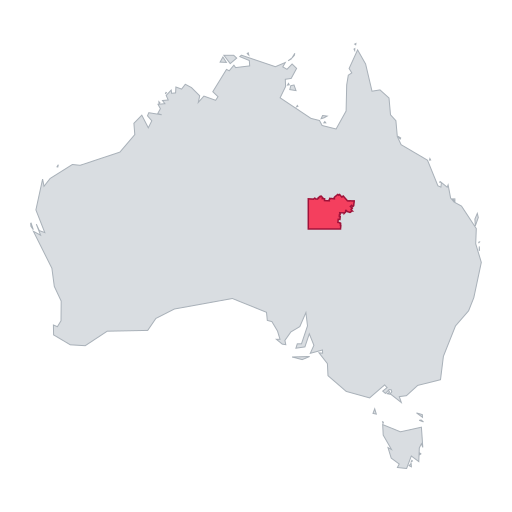 location of Diamantina, Queensland, Australia
{"feature_id": "25037944B3552129947749", "entity_name": "Diamantina", "entity_type": "district", "adm_level": 2, "iso_a3": "AUS", "parent_name": "Australia", "parent_adm1": "Queensland", "projection": "mercator", "projection_center": [140.812, -24.577], "detail": "fine", "context": "in_parent", "style": "filled", "palette": "rose", "viewbox_px": 512, "rotation_deg": 0, "n_neighbors": 0, "source": "geoboundaries", "source_scale": "gbopen_adm2", "svg_char_len": 6153}
<svg xmlns="http://www.w3.org/2000/svg" viewBox="0 0 512 512"><path d="M365.6,64.0L372.0,91.2L380.0,89.9L389.0,98.0L390.5,114.8L395.9,120.7L397.3,136.5L401.1,144.7L427.5,160.2L437.9,185.8L440.9,187.1L441.4,182.5L447.2,187.2L448.1,184.9L450.6,198.0L454.0,202.0L461.5,206.1L476.3,228.6L475.7,243.8L481.3,262.4L473.8,297.7L468.6,310.8L455.5,325.9L443.4,356.3L440.5,379.7L417.7,385.4L406.4,395.7L399.3,396.6L401.3,402.5L390.2,393.8L391.8,391.8L391.1,389.7L389.1,389.6L385.4,393.4L382.7,391.1L387.1,387.6L384.6,384.9L369.6,397.9L346.2,391.4L328.0,375.7L327.4,363.6L319.0,352.8L322.6,353.2L322.5,350.0L310.3,353.3L313.9,345.3L309.3,333.8L304.9,346.9L295.9,348.2L297.3,343.8L301.5,343.8L307.5,325.9L305.9,312.6L299.8,326.6L290.9,331.9L284.9,340.4L285.8,344.7L282.2,344.1L276.4,339.3L280.0,339.3L277.5,331.0L271.9,321.6L267.3,320.4L266.5,312.3L232.3,298.5L174.4,309.0L155.9,318.4L147.7,330.4L107.2,331.2L85.2,345.7L70.3,344.8L53.6,334.9L53.4,325.0L57.4,326.7L61.0,320.8L61.2,301.1L54.3,286.4L51.9,268.3L33.4,231.3L40.6,235.2L36.3,224.1L39.3,230.6L44.8,232.6L35.9,209.9L42.6,179.1L44.0,186.3L50.2,178.4L72.4,164.5L80.1,165.3L119.9,152.1L134.8,134.6L133.9,123.3L141.8,115.2L148.3,127.8L151.8,120.8L147.5,115.8L148.8,112.7L161.7,114.8L157.7,113.6L160.4,108.7L158.0,104.3L164.9,103.7L162.5,100.5L168.2,100.0L166.2,95.4L171.2,90.1L171.6,93.3L175.6,92.9L175.9,87.0L181.6,89.1L185.3,84.3L191.5,87.6L199.7,95.8L198.3,102.4L203.9,96.1L215.6,100.3L218.0,96.7L212.8,91.7L226.5,69.4L229.2,70.8L233.9,65.2L235.6,67.6L249.7,65.9L249.3,60.5L239.8,56.6L241.4,55.2L275.4,66.7L285.3,62.5L282.8,66.9L287.0,69.3L292.1,64.0L296.6,68.4L291.2,78.4L285.3,79.3L285.6,86.5L280.1,97.8L311.0,118.4L319.5,120.5L322.1,125.5L336.1,129.0L346.1,111.0L346.7,84.9L348.3,75.2L351.8,72.9L349.1,68.5L357.6,49.9L365.6,64.0ZM382.7,424.6L400.4,431.8L421.4,427.2L422.8,447.4L421.4,443.7L419.3,448.0L418.8,461.6L411.3,456.0L406.6,468.5L397.4,467.5L399.2,464.0L391.2,458.1L388.0,447.6L391.5,449.5L383.2,435.1L382.7,424.6ZM223.9,55.3L233.7,55.3L236.7,58.1L230.2,63.6L223.9,55.3ZM292.1,357.0L309.6,356.5L302.2,359.6L292.1,357.0ZM294.0,85.0L296.0,90.6L289.8,89.6L290.8,85.7L294.0,85.0ZM475.3,225.9L474.9,219.1L477.3,213.4L478.3,217.5L475.3,225.9ZM416.5,412.9L422.3,414.6L422.5,417.3L416.5,412.9ZM222.9,57.0L226.4,62.4L220.1,62.1L222.9,57.0ZM376.3,414.1L373.0,413.4L374.7,408.8L376.3,414.1ZM327.1,116.1L324.1,117.8L321.1,118.7L322.6,115.5L327.1,116.1ZM33.3,229.7L30.9,226.3L30.7,223.3L31.1,223.1L33.3,229.7ZM421.2,420.0L423.5,421.9L419.2,420.3L421.2,420.0ZM452.7,198.9L454.9,198.9L454.9,201.9L452.7,198.9ZM398.0,136.3L400.7,138.0L400.2,139.0L398.0,136.3ZM411.1,463.4L411.4,466.8L409.1,465.7L411.1,463.4ZM479.3,246.4L479.5,250.3L479.2,250.2L479.3,246.4ZM248.8,55.1L247.2,53.6L248.2,52.8L248.8,55.1ZM294.3,55.4L291.9,58.1L294.8,53.3L294.3,55.4ZM479.6,241.9L478.5,243.1L479.2,241.8L479.6,241.9ZM297.9,106.3L296.6,106.8L297.3,105.5L297.9,106.3ZM289.2,84.8L287.5,85.1L288.5,83.4L289.2,84.8ZM58.3,164.7L57.8,167.0L57.0,166.8L58.3,164.7ZM354.8,48.6L354.7,50.5L354.0,49.1L354.8,48.6ZM389.1,390.8L389.5,392.2L388.9,391.8L389.1,390.8ZM291.3,58.9L288.1,60.8L291.4,58.4L291.3,58.9ZM166.4,92.6L165.3,94.0L166.0,92.4L166.4,92.6ZM412.4,461.0L411.3,461.6L411.9,460.4L412.4,461.0ZM325.7,122.8L323.9,122.8L324.8,121.6L325.7,122.8ZM159.9,102.8L159.0,103.5L158.9,101.7L159.9,102.8ZM420.9,453.9L419.4,454.9L419.9,453.1L420.9,453.9ZM355.9,43.5L355.7,44.8L354.7,44.1L355.9,43.5ZM388.2,392.8L389.8,394.2L387.2,393.7L388.2,392.8ZM430.6,160.0L429.5,160.1L429.9,158.6L430.6,160.0ZM440.4,182.3L439.8,182.3L440.2,181.1L440.4,182.3ZM383.4,422.2L383.0,423.4L382.6,421.8L383.4,422.2Z" fill="#d9dde1" stroke="#a8b0b8" stroke-width="1"/><path d="M354.2,200.9L352.6,200.9L352.4,201.0L350.7,200.8L349.0,200.8L349.0,201.0L348.2,200.9L347.4,200.8L346.6,199.8L346.4,199.6L345.8,198.9L345.7,198.8L345.5,198.6L344.9,197.9L344.4,197.4L344.2,197.1L343.2,196.0L342.0,197.0L341.9,197.1L341.5,196.7L341.3,196.5L341.2,196.4L340.9,196.0L339.6,194.5L339.3,194.8L338.8,195.2L338.6,194.9L338.4,194.8L337.8,194.4L337.6,194.5L337.4,194.8L337.2,194.9L337.0,195.0L336.8,195.3L335.5,196.3L335.4,196.3L335.0,196.7L334.7,197.0L334.2,197.5L334.4,198.8L332.1,198.6L331.8,198.5L331.6,198.5L331.4,198.5L331.1,198.5L330.9,198.5L329.7,198.4L329.7,199.1L329.8,199.1L329.7,199.4L329.2,199.9L328.9,200.1L328.9,200.3L329.0,200.3L329.1,200.5L329.2,200.8L328.3,200.8L326.4,200.7L324.9,200.6L324.5,200.6L324.6,198.8L322.6,198.6L323.1,198.2L321.3,196.2L320.7,196.7L320.2,196.2L318.2,197.9L318.5,198.2L317.9,198.7L317.4,199.1L316.7,199.0L315.7,199.0L315.4,198.7L314.8,198.1L313.4,199.2L313.0,199.1L308.3,198.8L308.3,200.5L308.3,203.0L308.3,204.1L308.3,204.3L308.3,206.8L308.3,207.6L308.3,209.2L308.3,214.7L308.3,218.5L308.3,221.8L308.3,223.4L308.3,227.5L308.3,227.9L308.3,229.0L309.6,229.0L309.8,229.0L312.0,229.0L312.3,229.0L312.5,229.0L316.0,229.0L316.5,229.0L319.2,229.0L321.1,229.0L321.4,229.0L321.7,229.0L321.8,229.0L322.8,229.0L323.3,229.0L323.5,229.0L328.1,229.0L328.5,229.0L328.9,229.0L329.0,229.0L331.7,229.0L334.4,229.0L334.5,229.0L335.3,229.0L338.8,229.0L339.7,229.0L340.5,229.0L340.5,228.8L340.5,228.7L340.7,227.0L340.8,225.5L340.6,225.5L340.6,225.1L340.4,225.1L340.5,223.7L340.5,223.3L340.6,223.2L340.2,222.5L340.2,222.4L340.2,222.5L339.9,222.7L339.7,222.7L339.7,222.8L339.6,223.0L339.0,222.5L337.9,222.4L338.0,221.3L338.1,220.5L338.2,219.3L338.5,219.3L339.9,219.5L340.0,218.5L340.1,217.8L340.2,216.7L339.3,216.6L339.3,216.1L339.4,214.8L340.1,214.8L340.2,213.0L339.7,213.0L339.7,212.7L341.1,212.8L342.4,212.8L344.2,212.9L344.2,213.4L344.9,212.7L345.5,212.2L345.7,210.4L345.9,210.4L346.3,210.4L347.2,211.6L347.3,211.6L349.4,212.2L349.6,212.3L349.7,212.2L349.8,212.2L349.9,212.3L350.0,212.3L350.0,212.2L350.3,212.1L350.5,212.1L350.7,211.9L350.8,211.9L350.9,211.7L351.0,211.7L351.2,211.4L351.3,211.4L351.5,211.3L351.6,211.2L351.8,211.1L352.0,211.1L352.2,210.9L352.3,210.9L352.2,210.8L351.1,209.5L351.2,209.4L351.8,208.8L351.7,208.7L352.2,208.3L351.8,207.9L350.9,206.9L350.4,206.4L350.7,206.2L351.7,205.3L352.8,206.6L353.2,206.2L353.7,205.7L353.8,204.5L353.9,203.5L354.0,202.9L354.1,202.2L354.2,201.2L354.2,200.9Z" fill="#f43f5e" stroke="#9f1239" stroke-width="1.5"/></svg>